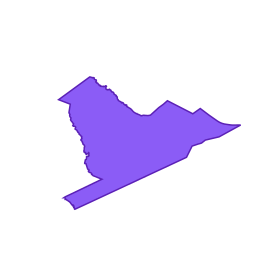 Caucete, San Juan, Argentina, rotated 324°
{"feature_id": "61730980B84345100673034", "entity_name": "Caucete", "entity_type": "district", "adm_level": 2, "iso_a3": "ARG", "parent_name": "Argentina", "parent_adm1": "San Juan", "projection": "orthographic", "projection_center": [-67.711, -31.425], "detail": "fine", "context": "isolated", "style": "filled", "palette": "violet", "viewbox_px": 256, "rotation_deg": 324, "n_neighbors": 0, "source": "geoboundaries", "source_scale": "gbopen_adm2", "svg_char_len": 5196}
<svg xmlns="http://www.w3.org/2000/svg" viewBox="0 0 256 256"><g transform="rotate(324 128 128)"><path d="M158.1,186.1L169.2,180.3L175.9,182.4L177.0,182.9L177.5,183.0L178.6,183.4L179.4,183.4L181.3,183.3L182.3,183.3L183.4,183.2L196.5,188.7L220.9,191.8L214.3,187.1L212.9,185.9L209.3,182.4L208.3,181.4L206.8,179.5L205.7,177.7L205.5,177.4L204.5,175.1L201.1,165.2L197.9,154.7L188.8,154.6L175.9,129.1L170.5,129.6L164.8,129.6L153.7,130.8L151.7,129.8L151.1,129.4L149.6,128.1L148.9,127.7L148.7,127.3L148.4,127.0L148.1,126.8L147.1,126.5L146.9,126.2L145.8,125.9L145.7,125.8L145.5,125.1L145.3,124.7L145.1,124.3L144.4,123.1L144.3,122.9L143.7,122.3L143.7,122.0L143.7,121.5L143.4,121.3L143.1,121.2L142.7,120.4L142.6,119.8L142.4,119.4L142.0,118.4L141.8,117.4L141.8,116.3L141.7,116.0L141.7,115.5L141.5,115.0L141.5,114.9L141.5,114.7L141.5,113.9L141.2,113.5L140.9,112.8L140.7,112.3L140.6,112.1L140.3,111.3L140.1,111.0L140.1,110.7L139.8,110.5L139.7,110.4L139.8,110.0L139.7,109.6L140.4,108.9L140.4,108.6L140.2,108.3L139.9,108.1L139.7,108.0L139.4,108.2L139.2,108.0L139.3,107.6L139.3,107.4L139.0,107.3L138.8,106.9L138.7,106.7L138.8,106.0L138.8,105.7L138.9,105.1L138.9,104.9L138.5,104.4L138.4,104.1L138.0,104.2L137.9,104.2L137.7,104.0L137.5,103.7L137.7,102.8L137.7,102.7L137.4,102.1L137.0,101.7L136.9,101.5L136.8,101.2L136.7,100.7L136.4,100.1L136.4,99.8L136.7,99.2L136.5,98.6L136.5,98.3L137.1,97.1L137.5,96.7L137.4,96.2L137.5,96.0L137.5,95.9L137.2,95.5L137.1,95.2L137.6,94.7L137.4,94.2L137.0,93.3L136.9,93.1L136.7,92.9L136.8,92.6L136.7,92.1L137.0,91.7L137.1,91.4L137.0,91.0L137.1,90.6L137.0,90.4L136.9,90.1L136.8,89.9L136.2,89.6L136.2,89.3L136.3,89.0L136.2,88.6L136.2,88.2L136.0,87.9L136.1,87.5L136.3,87.3L136.2,87.0L136.0,86.9L135.9,86.9L135.8,86.5L135.9,86.0L135.8,85.7L135.6,85.6L135.1,85.6L134.5,85.4L134.2,85.4L133.9,84.9L133.6,84.8L133.6,84.6L133.6,84.3L133.3,84.1L133.1,83.5L133.2,83.3L133.8,82.2L134.0,82.1L134.8,81.8L134.9,81.4L135.1,81.4L135.1,81.2L135.0,80.9L134.9,80.8L134.5,80.7L133.4,80.6L132.9,80.5L132.8,80.3L132.8,80.0L132.8,79.9L132.6,79.8L132.2,79.8L131.7,79.2L131.4,79.1L131.2,78.6L130.7,78.5L130.4,78.2L130.5,77.9L130.6,77.2L130.4,77.0L130.0,77.1L129.9,77.0L129.8,76.6L129.9,76.1L130.0,75.7L129.8,75.3L129.8,75.1L129.8,74.2L129.8,73.8L129.7,73.7L129.1,73.1L129.1,72.9L129.3,72.6L129.2,72.4L129.2,72.1L129.0,71.9L129.0,71.7L129.6,71.4L129.8,71.4L130.1,71.4L130.2,71.0L130.3,70.9L130.4,70.5L130.5,70.4L130.4,70.2L130.0,69.7L129.7,69.3L129.6,69.2L129.5,68.9L129.5,68.6L129.6,68.2L130.1,67.7L129.9,67.3L129.7,67.1L129.6,66.9L129.4,66.6L129.2,66.5L128.9,66.6L128.7,66.4L128.5,66.0L128.0,65.4L128.0,65.2L127.3,64.4L127.0,64.2L126.6,64.3L126.5,64.2L126.2,64.2L88.5,64.3L95.3,74.8L89.4,80.7L89.2,81.2L89.3,81.4L89.0,81.8L89.0,82.0L89.0,82.3L89.1,82.7L89.0,82.9L88.6,83.1L88.2,83.5L87.9,84.1L87.8,84.4L87.8,84.6L87.7,85.1L87.6,85.5L87.8,86.1L87.4,86.6L87.1,87.1L86.6,87.3L86.3,87.8L86.2,88.6L86.2,88.8L86.4,90.3L86.2,91.0L86.3,91.5L86.4,91.9L86.4,92.1L86.5,92.5L86.4,92.6L86.1,92.6L85.9,92.9L85.8,93.0L85.7,93.2L85.3,93.4L85.1,93.6L84.8,93.6L84.8,93.8L84.7,94.1L84.8,94.4L84.9,94.5L85.2,94.8L85.9,95.2L85.9,95.3L86.0,95.7L86.1,95.8L86.1,96.1L86.2,96.5L85.8,96.9L85.0,97.3L84.8,97.6L84.6,97.9L84.7,98.0L84.9,98.4L85.0,98.7L85.0,98.9L85.0,99.2L85.2,99.4L85.3,99.7L85.3,100.4L85.0,101.0L85.2,101.4L84.9,102.2L85.2,102.7L85.2,102.9L85.2,103.6L85.2,103.8L84.8,104.4L84.9,104.5L85.0,104.8L85.0,105.2L85.1,105.3L85.4,106.3L85.3,106.6L85.3,106.8L85.2,107.4L85.2,107.6L85.5,107.8L85.3,108.2L85.0,108.3L84.7,108.7L84.5,109.0L84.4,109.6L83.7,109.6L83.4,109.6L83.0,109.8L82.7,110.5L83.0,111.0L82.9,112.0L82.7,112.4L82.9,112.7L82.7,113.0L82.5,113.4L82.5,113.7L82.4,114.1L82.2,114.4L82.1,114.6L82.2,115.1L82.3,115.2L82.4,115.6L82.5,115.8L82.4,116.4L82.4,116.8L82.1,117.1L82.0,117.6L81.8,117.8L81.1,118.1L80.9,118.3L80.6,118.8L79.8,119.8L79.6,120.0L79.2,120.2L79.2,120.4L79.0,120.6L78.3,121.4L78.3,121.5L78.5,121.7L78.7,121.9L78.6,122.5L79.1,122.7L79.2,122.8L79.0,123.5L78.8,123.6L78.8,123.8L79.0,123.9L79.1,124.1L78.9,124.4L78.6,124.6L78.6,124.8L79.0,125.0L79.3,125.0L79.7,125.0L80.8,125.0L81.7,124.8L81.7,125.3L81.6,125.5L81.0,125.9L80.7,126.5L80.2,127.0L80.1,127.5L79.8,127.5L79.6,127.4L79.4,127.3L79.2,127.6L77.8,126.8L77.6,126.8L77.3,127.4L76.9,127.7L76.1,128.7L75.8,128.9L75.3,128.7L74.8,128.7L74.5,128.8L74.2,129.3L73.9,129.6L73.5,130.0L73.0,130.2L72.6,130.6L72.5,131.1L72.2,131.3L73.0,132.1L72.5,133.7L71.3,137.3L71.3,138.0L71.8,138.5L71.6,139.3L70.6,139.6L70.4,140.1L70.6,140.6L70.6,141.2L71.5,142.1L71.8,143.6L71.2,144.2L71.6,144.6L71.7,146.0L76.8,154.1L42.2,147.8L36.9,146.8L35.1,146.7L35.9,147.3L36.0,147.7L35.7,148.3L35.4,148.6L35.2,148.8L35.6,149.1L35.9,149.2L36.0,149.4L35.9,149.6L36.1,150.3L36.4,150.8L36.5,151.1L36.7,151.6L36.8,152.0L37.0,152.7L37.4,153.3L37.4,153.7L37.3,154.1L37.5,154.5L37.4,155.3L37.5,156.1L37.3,156.9L37.9,157.6L38.2,157.8L38.3,158.1L37.9,158.1L37.6,158.3L37.6,158.6L37.8,158.6L37.9,158.9L38.0,158.9L38.0,159.0L37.9,159.0L38.1,159.1L38.3,159.4L38.1,159.8L37.8,160.0L37.4,160.2L37.3,160.4L37.3,160.5L37.6,160.7L37.7,160.8L37.6,161.0L37.6,161.5L37.4,161.8L37.1,162.1L37.1,162.3L37.2,162.5L42.2,163.5L53.3,165.7L158.1,186.1Z" fill="#8b5cf6" stroke="#5b21b6" stroke-width="1.5"/></g></svg>